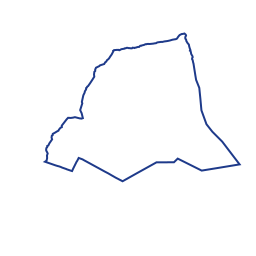 outline of San Andrés Huaxpaltepec, Oaxaca, Mexico, rotated 337°
{"feature_id": "50627088B11126229802740", "entity_name": "San Andrés Huaxpaltepec", "entity_type": "district", "adm_level": 2, "iso_a3": "MEX", "parent_name": "Mexico", "parent_adm1": "Oaxaca", "projection": "equal_earth", "projection_center": [-97.916, 16.341], "detail": "fine", "context": "isolated", "style": "outline", "palette": "blue", "viewbox_px": 256, "rotation_deg": 337, "n_neighbors": 0, "source": "geoboundaries", "source_scale": "gbopen_adm2", "svg_char_len": 2886}
<svg xmlns="http://www.w3.org/2000/svg" viewBox="0 0 256 256"><g transform="rotate(337 128 128)"><path d="M216.9,63.1L215.1,62.8L214.3,62.5L213.6,62.5L211.9,62.6L211.2,62.9L209.7,63.7L208.1,64.8L207.2,64.9L206.6,64.9L206.0,64.7L203.4,64.1L201.5,63.9L200.7,63.8L198.5,63.4L196.2,62.8L196.1,62.7L194.0,62.3L193.2,62.2L192.5,61.9L192.1,61.6L191.8,61.6L189.0,60.8L187.7,60.7L187.1,60.9L186.5,60.8L186.3,60.7L185.7,60.5L184.2,60.2L182.9,59.8L181.6,59.4L180.1,58.9L179.9,58.7L179.4,58.5L178.6,58.2L178.4,58.1L177.7,58.1L177.2,57.8L176.1,57.7L175.7,57.8L174.7,57.7L172.9,57.4L172.5,57.5L172.4,57.5L172.2,57.3L171.4,57.1L171.1,57.2L169.9,57.7L168.9,57.3L168.2,57.2L167.4,57.1L167.2,57.1L166.7,57.1L166.1,56.9L165.2,56.9L164.9,56.5L164.1,56.2L163.6,56.0L163.5,55.9L162.8,56.2L162.7,56.2L162.3,56.0L161.6,55.7L160.9,55.2L160.7,55.1L159.8,54.7L159.0,54.1L158.5,53.8L158.2,53.7L156.9,53.7L156.4,53.4L155.7,53.6L155.2,53.4L154.5,53.3L154.1,53.2L152.8,52.9L152.7,52.9L152.0,52.9L150.6,53.1L150.1,52.8L150.0,52.5L149.9,52.4L148.6,51.9L147.9,51.6L147.4,51.5L146.9,51.3L146.3,51.1L146.0,51.0L145.9,51.1L145.7,51.1L145.4,50.9L145.1,51.0L144.8,51.2L144.6,51.2L144.6,51.5L142.5,53.3L141.6,54.0L139.5,55.3L137.8,56.5L136.9,56.9L136.3,57.1L135.1,57.4L133.9,58.4L132.7,58.6L131.1,59.8L126.7,59.4L125.8,59.8L122.1,60.0L120.7,61.3L120.1,62.7L119.0,63.1L117.6,65.5L117.0,67.6L114.0,69.7L110.4,72.1L108.6,73.2L107.7,73.8L106.6,74.0L105.9,74.7L105.0,74.9L104.5,76.1L103.6,76.7L102.6,77.4L101.9,78.5L99.7,80.4L96.4,85.0L95.7,86.0L95.6,87.4L91.0,92.8L91.0,94.5L91.1,96.2L90.3,101.3L88.9,101.2L87.2,100.2L83.4,97.3L81.5,97.0L79.3,96.4L76.8,95.2L75.0,96.0L73.2,97.0L70.9,98.3L68.0,99.9L67.4,101.4L66.0,101.4L63.8,102.5L62.9,103.3L61.3,103.4L58.8,103.8L56.5,104.0L55.8,105.2L54.9,105.3L53.9,106.9L53.7,108.8L49.6,111.4L47.8,113.0L46.6,113.0L46.1,114.1L45.1,114.5L44.3,115.7L43.9,116.8L44.1,119.1L44.1,120.1L42.7,121.6L41.8,124.1L40.3,126.2L38.4,126.6L46.7,134.1L48.6,135.7L49.2,136.1L50.8,137.5L51.6,138.4L52.1,138.9L55.2,141.7L55.4,142.0L59.1,145.3L59.3,145.5L59.7,145.8L61.5,144.1L67.7,138.8L68.3,138.5L70.9,136.3L74.1,139.3L74.3,139.7L79.3,146.0L84.6,152.7L84.7,152.8L89.5,158.9L91.8,161.7L91.9,161.8L95.2,166.2L95.3,166.3L97.1,168.7L102.2,174.9L118.5,173.1L140.3,170.8L140.7,170.7L156.9,177.5L161.8,175.6L179.2,196.0L195.9,200.1L216.5,205.1L213.6,193.8L209.4,177.3L204.2,164.4L201.7,155.2L202.5,140.4L206.1,129.2L209.3,118.9L209.5,110.3L210.5,106.1L213.5,94.1L213.5,93.6L213.6,93.0L214.0,91.0L214.0,90.0L213.9,89.5L214.6,88.5L215.2,88.1L215.4,87.2L215.2,85.5L215.1,84.6L215.3,83.5L215.5,82.9L215.6,81.6L215.4,81.3L215.2,81.0L215.4,80.8L215.9,80.6L215.9,80.1L216.0,78.5L216.1,77.7L216.3,76.3L216.5,75.7L216.6,74.9L216.0,73.0L215.7,70.7L216.0,69.4L216.0,69.1L215.8,68.7L215.7,68.2L216.0,67.2L216.6,66.3L216.9,66.2L217.6,65.5L217.6,65.2L217.6,64.6L216.9,63.1Z" fill="none" stroke="#1e3a8a" stroke-width="2"/></g></svg>